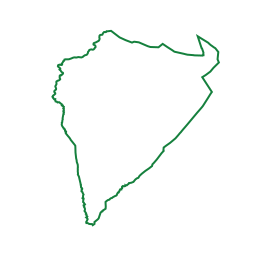 outline of Santa Cruz Itundujia, Oaxaca, Mexico, rotated 189°
{"feature_id": "50627088B33847319149889", "entity_name": "Santa Cruz Itundujia", "entity_type": "district", "adm_level": 2, "iso_a3": "MEX", "parent_name": "Mexico", "parent_adm1": "Oaxaca", "projection": "albers", "projection_center": [-97.652, 16.757], "detail": "fine", "context": "isolated", "style": "outline", "palette": "green", "viewbox_px": 256, "rotation_deg": 189, "n_neighbors": 0, "source": "geoboundaries", "source_scale": "gbopen_adm2", "svg_char_len": 5763}
<svg xmlns="http://www.w3.org/2000/svg" viewBox="0 0 256 256"><g transform="rotate(189 128 128)"><path d="M164.6,219.5L164.7,219.4L164.8,219.4L165.1,219.2L166.5,219.1L166.8,218.9L167.5,217.7L167.9,216.2L168.3,216.0L169.9,215.6L170.3,215.2L170.6,214.6L170.5,213.2L170.4,212.6L170.0,211.8L170.0,211.2L170.3,210.0L170.7,209.4L171.2,209.0L171.6,208.8L171.9,208.5L172.9,207.7L175.0,206.5L175.2,206.2L175.2,205.3L175.1,205.0L174.4,204.7L173.5,204.5L173.1,204.1L172.8,203.4L172.7,202.8L172.8,202.6L173.3,202.0L173.6,201.1L174.4,200.1L175.3,199.8L176.5,199.9L177.5,199.5L178.4,199.0L178.8,197.7L179.3,197.2L179.4,195.8L179.4,195.5L179.6,195.0L180.1,194.0L180.7,193.6L182.1,193.0L183.4,191.7L183.8,191.1L185.1,190.4L188.1,190.3L190.1,189.5L190.8,189.4L191.4,189.5L193.0,189.0L195.1,187.7L197.2,186.6L200.7,186.0L201.5,185.6L201.5,184.6L201.6,184.4L202.4,183.9L202.6,182.8L203.4,181.3L203.3,181.1L203.0,180.6L203.2,180.0L203.8,179.8L204.4,179.8L204.8,180.0L205.7,179.8L206.4,179.1L206.7,179.2L206.9,178.9L206.9,178.0L206.4,177.5L205.0,176.8L204.2,176.1L204.3,175.4L204.7,175.2L204.8,175.0L204.2,174.6L203.6,174.4L203.3,173.9L202.8,173.3L201.8,172.6L201.2,172.5L200.8,172.2L200.7,171.8L200.8,171.3L201.6,170.5L201.9,169.8L202.5,169.4L202.9,169.5L203.1,169.6L203.6,169.0L203.5,167.6L203.3,167.1L203.3,166.7L202.6,165.7L202.7,165.4L203.2,164.7L204.1,164.0L204.9,163.7L205.9,162.8L206.0,162.3L205.5,160.2L205.7,159.5L206.3,157.9L206.2,157.5L205.2,155.8L205.1,154.8L206.4,153.3L206.5,152.2L205.3,151.0L205.2,150.4L205.8,149.6L207.1,148.2L207.5,147.0L206.7,146.5L206.7,146.0L205.5,144.9L204.4,145.1L204.4,144.9L204.8,144.5L204.1,144.0L203.7,142.9L202.3,142.8L201.8,142.3L201.5,142.2L200.8,142.5L200.1,142.7L199.6,142.5L198.7,141.9L197.0,141.0L197.0,140.0L196.7,139.8L195.9,139.9L195.9,139.5L195.4,139.1L194.7,138.9L194.7,138.4L194.8,137.7L194.9,137.3L194.4,137.2L194.3,136.7L194.4,136.4L194.3,135.9L194.4,135.2L194.1,135.0L194.2,134.7L194.4,134.8L194.5,134.6L194.4,134.0L193.7,133.6L194.0,132.4L193.6,131.8L194.0,131.3L194.1,128.4L194.1,127.2L193.8,126.5L194.0,125.5L193.9,123.3L194.2,122.9L194.0,122.3L194.0,120.9L193.4,119.8L193.1,119.4L192.4,118.6L192.2,118.5L191.8,118.2L191.6,117.7L191.4,117.3L190.7,117.3L190.1,116.6L189.9,116.2L190.0,116.1L189.9,115.8L189.7,115.2L189.4,115.1L189.1,115.1L188.8,115.0L188.7,114.9L188.8,114.7L188.6,114.4L188.8,114.1L188.9,113.5L188.8,113.4L188.6,113.4L188.6,113.1L188.2,112.7L187.8,112.2L187.2,111.8L186.9,111.4L186.6,111.2L186.2,110.8L185.6,110.3L185.3,110.1L183.6,108.5L182.8,107.4L178.3,103.3L177.3,102.3L177.0,100.9L176.0,95.5L174.5,90.0L173.7,88.1L173.3,86.5L171.9,83.9L171.3,81.1L171.4,80.7L171.3,80.4L171.2,79.5L171.1,79.4L171.0,78.7L170.9,77.9L170.8,77.1L170.4,75.8L170.2,74.9L170.3,74.4L170.1,74.0L169.9,73.7L169.7,73.5L169.6,73.4L168.7,72.0L168.5,71.4L165.9,65.0L165.9,64.6L165.6,64.5L165.4,63.3L165.2,62.6L165.0,61.9L164.7,61.6L164.2,61.5L163.9,61.2L163.7,60.8L164.1,60.0L163.8,59.7L164.1,58.9L164.0,58.1L163.4,57.8L162.8,57.4L162.3,56.2L161.5,55.4L161.8,54.2L161.6,52.3L162.0,51.6L161.4,51.1L160.8,51.3L160.7,51.1L160.9,50.3L160.8,47.9L160.0,47.4L159.5,46.6L158.6,45.9L158.9,45.5L159.8,44.7L159.7,44.4L159.1,44.4L158.9,44.1L159.0,43.5L159.0,43.0L158.1,42.0L157.9,41.4L157.7,40.3L158.0,39.4L157.9,39.1L157.3,38.6L156.7,38.0L156.5,37.7L156.3,37.5L156.1,37.3L156.2,36.5L155.6,36.3L155.4,36.0L155.5,35.4L155.1,34.7L154.6,34.5L154.4,34.3L154.8,33.8L155.1,33.3L154.6,33.3L154.7,33.0L154.6,32.7L153.6,31.7L153.9,30.5L154.0,30.4L154.0,30.1L154.1,29.8L154.3,29.3L154.4,29.2L154.5,29.0L154.4,28.4L154.5,28.3L154.2,27.6L153.2,27.8L152.4,27.6L151.5,27.2L151.1,27.2L150.1,27.2L148.5,27.5L147.6,26.5L146.1,28.0L146.4,29.9L143.6,33.0L143.0,33.9L142.8,34.4L142.3,37.5L142.2,37.9L141.9,39.9L140.8,41.6L140.7,41.6L140.2,41.6L139.7,42.7L139.6,43.0L139.2,43.2L138.9,43.5L138.5,43.8L137.5,44.8L137.7,47.0L138.4,50.3L138.6,51.4L138.6,51.5L137.5,52.8L136.4,53.8L135.6,54.1L135.1,54.4L134.8,55.0L134.1,55.8L133.0,56.4L132.7,56.5L132.2,57.2L130.1,58.8L128.9,59.5L128.7,59.8L128.6,60.0L128.5,61.0L128.1,61.8L128.1,62.1L128.0,62.4L127.8,62.4L127.7,62.7L127.3,62.8L127.1,62.9L127.1,63.4L126.9,63.5L126.7,63.9L126.7,64.1L126.7,64.5L126.5,64.8L126.5,65.1L126.4,65.5L126.3,65.8L126.2,66.0L125.9,65.9L125.5,66.1L125.1,66.2L125.2,66.5L125.1,66.9L124.9,67.0L124.5,67.3L124.4,67.5L124.6,67.7L124.6,67.9L124.5,68.2L124.5,68.3L124.6,68.6L124.7,69.0L124.3,69.6L124.0,69.9L123.6,69.9L123.3,69.7L123.0,69.8L122.9,69.8L122.5,69.9L122.3,69.9L122.1,70.0L121.9,70.1L121.9,70.4L121.7,70.6L121.7,70.9L121.4,70.7L121.1,70.9L120.8,71.1L120.5,71.3L120.3,71.2L120.1,71.3L119.8,71.8L119.5,72.2L119.2,72.4L118.7,72.8L118.5,73.7L116.3,74.4L114.2,75.6L114.1,76.0L113.6,76.6L113.3,77.3L113.0,77.7L112.6,78.4L112.1,78.9L111.2,79.8L110.0,80.4L109.1,82.6L107.2,85.0L104.2,88.3L101.1,91.2L98.3,94.2L98.2,95.9L97.0,97.6L94.7,101.3L90.9,108.4L89.3,110.8L89.5,110.9L89.7,114.3L87.6,116.5L84.2,119.8L79.5,125.2L77.3,128.7L75.9,131.1L75.1,132.2L74.8,132.8L74.5,133.3L73.5,135.0L72.7,136.3L72.5,136.6L70.9,139.2L69.8,141.0L62.1,153.9L60.9,155.8L58.3,160.0L57.5,161.4L53.8,169.9L52.0,174.2L51.3,175.7L50.8,176.7L62.6,189.8L59.5,192.5L55.5,196.6L53.0,200.8L48.5,206.9L50.3,209.9L50.7,217.2L51.8,218.2L53.3,219.6L54.3,220.5L55.8,221.1L58.3,222.4L59.2,222.8L61.1,224.0L62.0,224.7L73.5,229.5L68.6,219.9L67.7,218.2L67.3,218.1L65.3,214.3L65.2,212.8L64.8,212.0L64.8,211.8L65.1,211.8L65.2,211.7L65.4,211.7L65.6,211.6L65.7,211.2L74.2,210.1L74.5,210.2L81.0,209.7L81.6,209.8L82.3,209.8L84.2,210.0L93.8,210.6L94.3,210.7L96.3,211.7L101.8,214.1L106.9,216.5L110.5,212.5L118.6,211.5L121.3,211.9L130.7,214.3L135.2,214.2L135.8,214.0L137.4,213.0L144.1,214.4L150.5,216.2L155.5,218.9L159.9,221.3L163.8,220.2L164.3,220.2L164.4,219.9L164.5,219.7L164.6,219.5Z" fill="none" stroke="#15803d" stroke-width="2"/></g></svg>